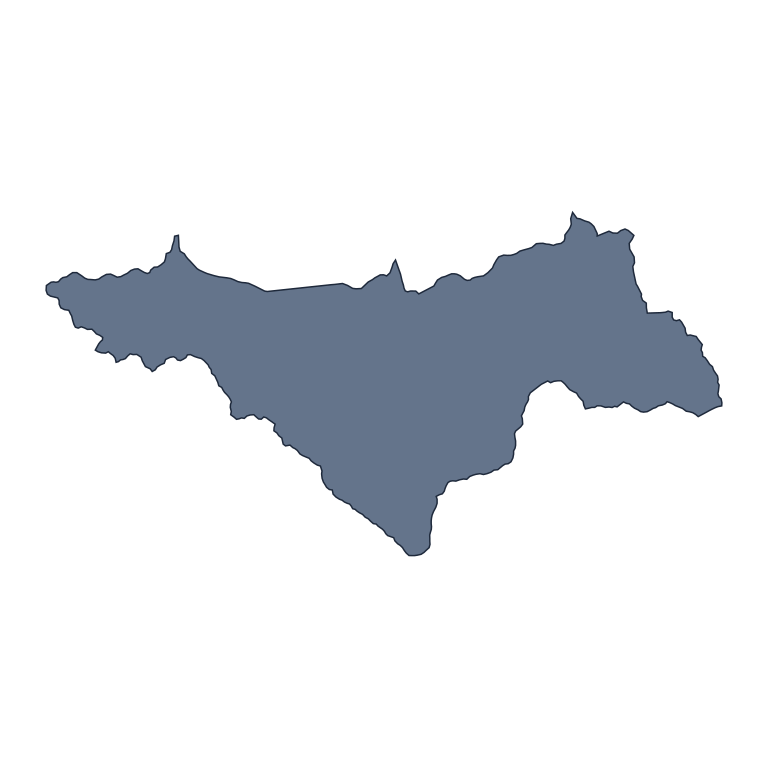 Aliança do Tocantins, Tocantins, Brazil
{"feature_id": "56859067B72455784373127", "entity_name": "Aliança do Tocantins", "entity_type": "district", "adm_level": 2, "iso_a3": "BRA", "parent_name": "Brazil", "parent_adm1": "Tocantins", "projection": "albers", "projection_center": [-48.928, -11.359], "detail": "fine", "context": "isolated", "style": "filled", "palette": "slate", "viewbox_px": 768, "rotation_deg": 0, "n_neighbors": 0, "source": "geoboundaries", "source_scale": "gbopen_adm2", "svg_char_len": 6090}
<svg xmlns="http://www.w3.org/2000/svg" viewBox="0 0 768 768"><path d="M721.7,405.9L721.9,402.8L721.1,398.9L718.8,396.7L717.9,393.7L718.4,391.0L719.1,385.0L717.6,382.3L718.1,379.3L717.5,375.9L715.5,373.1L713.6,370.2L712.4,366.6L709.6,364.3L707.3,360.7L705.1,357.7L702.7,356.3L702.4,352.5L701.1,350.2L701.5,347.2L702.3,344.6L698.2,339.5L696.2,336.5L690.2,335.0L687.3,335.5L685.6,332.2L685.1,328.2L681.6,322.1L679.5,319.8L676.4,320.7L673.6,319.9L672.2,317.2L672.2,312.5L668.1,311.1L665.5,312.2L660.6,312.7L647.3,313.1L646.4,307.9L646.3,303.1L642.6,300.4L641.2,296.6L641.5,294.1L637.5,286.2L636.1,284.0L633.5,271.9L632.8,266.5L634.5,262.8L634.1,256.9L629.7,249.2L629.2,243.4L632.2,239.1L633.9,235.4L628.3,230.5L625.0,229.0L620.7,230.6L617.4,233.2L612.8,233.0L609.0,231.2L597.2,236.0L597.2,233.5L593.9,226.5L591.2,223.8L589.0,222.2L584.7,220.9L579.9,218.8L577.0,218.4L572.6,212.4L570.7,218.7L571.3,224.2L570.2,227.3L568.8,229.8L566.9,232.3L564.9,235.0L564.9,238.3L564.1,241.0L561.1,243.4L556.4,244.2L553.4,245.4L549.2,244.3L546.3,244.1L543.0,243.3L539.7,243.4L536.3,243.7L534.0,245.7L531.9,247.5L528.7,248.6L523.9,249.9L519.9,251.1L516.7,253.4L514.1,254.4L510.9,255.3L507.4,255.4L503.7,255.1L498.7,256.9L496.5,260.0L493.9,264.6L492.5,268.0L487.9,272.7L483.5,275.9L478.0,276.7L474.8,277.4L472.1,278.4L470.2,280.1L467.1,280.4L464.5,279.3L460.3,275.8L456.8,274.2L454.3,273.8L451.6,273.8L448.3,275.1L445.4,276.4L441.7,277.4L437.5,280.0L435.4,283.3L433.9,286.0L428.0,289.1L418.8,293.9L415.8,291.1L410.6,291.0L407.7,291.8L405.3,291.0L404.0,288.1L403.4,285.1L402.1,281.1L400.5,274.1L398.0,267.1L395.5,260.0L393.1,263.7L392.0,267.4L390.0,272.8L386.7,275.9L383.6,274.8L380.2,274.9L377.9,276.2L374.9,277.8L372.5,279.6L368.2,282.0L361.4,288.5L356.2,288.8L352.7,288.4L347.5,285.4L342.5,283.5L335.0,284.4L331.3,284.7L267.3,291.5L264.7,291.1L254.8,286.1L248.6,283.3L245.6,282.8L241.8,282.5L237.9,281.6L234.0,279.8L230.7,278.5L226.8,277.8L219.2,276.9L213.9,275.6L207.2,273.6L204.5,272.5L199.5,270.2L197.1,268.7L190.0,261.0L187.9,258.9L186.1,256.7L184.3,253.8L180.2,251.3L179.0,247.1L178.8,242.9L178.6,239.0L178.4,235.3L174.6,236.2L174.0,240.8L172.4,245.8L171.6,249.7L169.9,252.3L166.3,253.6L165.4,258.9L164.4,261.9L161.0,264.8L157.6,267.0L154.1,267.2L150.7,270.1L149.7,272.6L147.3,273.5L144.4,272.5L141.7,271.0L138.0,268.8L134.4,269.1L130.8,270.5L127.4,273.3L123.6,275.1L120.9,276.6L117.2,277.2L113.3,275.3L110.6,274.1L106.4,274.4L101.8,276.9L98.7,279.1L95.2,279.9L90.4,279.5L87.8,279.4L84.7,278.1L81.8,275.9L76.8,272.6L72.7,272.6L69.5,274.7L66.8,276.8L62.8,277.6L60.7,279.1L58.5,281.7L56.0,282.3L53.6,281.9L51.1,282.2L46.4,285.5L46.1,290.4L47.4,294.1L50.4,296.1L57.7,297.9L59.1,300.5L59.2,304.2L60.8,307.8L64.4,309.6L68.8,310.3L70.4,313.7L71.7,316.0L72.7,320.4L73.9,324.3L75.4,327.2L78.2,328.1L81.2,326.8L84.4,327.9L87.4,329.4L91.9,329.2L94.3,331.5L96.4,333.9L99.9,335.4L102.7,337.4L102.4,340.0L100.5,341.6L98.7,343.9L95.3,350.1L97.9,351.7L101.4,352.8L105.7,353.1L108.3,351.7L110.4,353.5L113.2,355.5L115.2,358.3L116.1,362.3L118.5,361.6L120.5,359.9L123.0,359.5L125.4,358.6L127.8,355.8L130.2,353.8L133.1,354.6L136.8,354.4L141.1,357.2L142.3,360.8L145.4,366.6L150.2,368.8L152.2,371.5L155.3,369.8L157.1,367.0L160.6,364.8L164.2,363.3L165.6,359.5L169.9,357.4L173.6,356.7L175.8,357.9L177.5,360.0L180.5,360.6L183.3,359.2L185.9,357.6L187.4,354.9L190.5,354.6L194.5,356.5L198.1,357.7L201.3,358.5L204.0,360.5L208.1,364.8L209.3,367.4L211.1,369.5L211.7,373.4L214.8,375.8L216.1,378.6L217.8,382.3L218.8,385.8L221.7,387.4L223.2,390.3L224.6,392.4L226.7,394.5L228.7,396.8L230.3,399.4L231.4,401.9L230.5,404.5L230.3,407.4L231.3,411.5L230.7,414.7L234.1,417.2L236.5,419.3L239.1,418.8L241.5,417.9L244.3,418.4L246.9,416.0L250.1,415.0L253.8,414.7L256.4,417.1L258.6,419.0L261.3,419.2L263.7,417.0L266.4,417.8L268.5,419.5L275.1,424.1L274.1,427.6L273.9,430.8L276.9,432.9L278.8,435.7L281.8,438.0L283.2,444.1L285.5,445.9L290.0,445.1L292.8,447.6L295.1,448.7L297.4,450.5L299.9,453.9L302.5,455.5L305.5,456.8L309.2,458.3L311.1,460.8L313.9,463.0L317.3,465.1L320.4,466.0L322.0,471.0L321.6,473.9L322.1,478.3L323.4,482.0L324.9,484.4L326.6,487.3L329.3,489.5L332.3,490.0L333.1,494.1L335.9,497.0L339.4,499.2L342.1,500.2L344.4,502.0L347.2,503.3L349.6,504.0L351.2,506.0L352.7,508.7L355.2,509.4L357.0,511.1L359.5,512.8L362.6,514.4L365.2,517.2L368.3,518.8L370.7,521.3L373.3,523.6L376.3,524.1L377.9,526.0L380.3,527.7L382.6,529.3L384.5,531.4L385.8,533.7L387.7,535.6L393.7,537.7L394.9,540.9L397.7,543.8L400.1,545.3L402.5,547.6L404.3,550.5L406.3,553.1L409.0,555.5L411.8,555.6L414.5,555.6L417.2,555.2L421.1,554.3L423.9,552.5L426.3,550.2L429.1,547.7L430.0,544.4L429.8,541.4L429.8,538.5L429.7,534.9L430.5,532.0L431.3,529.4L431.5,526.6L431.2,523.6L431.2,520.8L431.5,518.0L432.1,515.1L433.5,511.6L435.8,507.3L437.1,503.3L437.1,499.2L436.2,496.4L439.4,494.7L442.4,493.8L444.3,491.1L445.0,488.7L446.2,485.7L448.0,482.5L450.2,481.2L452.7,480.8L455.9,481.1L459.6,479.8L463.5,479.0L466.8,479.3L469.7,476.5L473.2,475.1L476.0,474.3L480.0,473.7L483.4,474.5L486.9,473.7L491.0,472.2L494.0,470.1L497.8,469.7L502.7,465.6L505.1,464.1L508.2,463.7L511.0,461.8L512.9,457.9L513.6,454.2L513.6,450.9L515.0,448.3L515.6,445.4L515.6,441.0L514.9,437.3L514.5,433.7L515.6,431.1L517.9,429.2L520.7,426.8L522.7,424.1L522.3,418.5L521.4,415.9L522.7,413.3L524.1,410.7L524.8,407.0L526.0,404.3L527.5,401.9L528.5,399.5L528.4,396.5L530.3,392.8L541.3,384.3L547.7,381.0L550.6,382.7L553.9,381.3L557.8,380.8L561.2,380.8L563.2,382.4L565.2,384.3L567.3,386.9L569.7,389.6L573.5,391.7L576.6,393.1L578.6,396.5L580.6,398.8L583.1,401.3L583.8,405.2L585.4,408.9L588.7,408.2L591.8,407.4L594.7,407.4L597.2,405.8L601.0,405.9L605.4,407.4L609.0,407.0L612.1,407.5L614.6,406.3L617.1,406.9L623.5,401.9L626.3,403.3L629.5,403.9L631.7,406.1L634.5,408.2L638.1,409.9L640.6,411.6L643.5,412.1L647.1,411.7L650.6,409.9L653.1,408.4L655.7,407.6L658.4,405.8L662.4,405.0L665.4,403.7L667.1,401.7L669.5,402.5L672.6,403.9L675.4,405.6L682.5,408.4L686.2,411.2L689.7,411.8L692.8,412.7L695.8,414.5L698.2,416.6L706.4,412.2L709.1,410.7L711.8,409.3L714.9,407.8L718.0,406.6L721.7,405.9Z" fill="#64748b" stroke="#1e293b" stroke-width="1.5"/></svg>